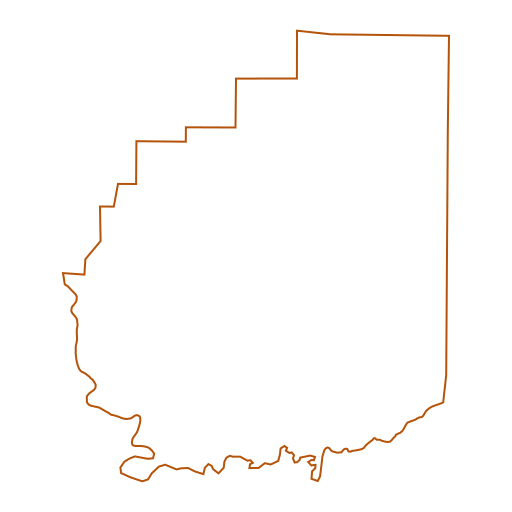 outline of Clarion, Pennsylvania, United States of America
{"feature_id": "52423323B69998039622942", "entity_name": "Clarion", "entity_type": "district", "adm_level": 2, "iso_a3": "USA", "parent_name": "United States of America", "parent_adm1": "Pennsylvania", "projection": "robinson", "projection_center": [-79.501, 41.202], "detail": "fine", "context": "isolated", "style": "outline", "palette": "amber", "viewbox_px": 512, "rotation_deg": 0, "n_neighbors": 0, "source": "geoboundaries", "source_scale": "gbopen_adm2", "svg_char_len": 3082}
<svg xmlns="http://www.w3.org/2000/svg" viewBox="0 0 512 512"><path d="M68.1,286.5L69.0,287.5L72.0,290.7L74.7,293.4L76.0,294.9L76.8,297.0L76.5,300.6L76.0,301.6L75.5,302.6L73.6,305.0L72.3,306.6L71.7,307.6L71.3,311.0L72.3,313.2L74.0,315.1L74.8,316.1L75.7,317.2L76.5,318.4L77.0,319.7L77.6,325.1L76.8,329.3L76.8,333.4L77.1,339.4L76.5,343.0L75.8,346.1L75.7,349.0L75.8,351.0L75.6,352.8L76.3,358.9L76.9,362.3L77.8,365.5L78.8,368.0L79.4,369.2L80.4,370.6L82.0,372.0L83.5,372.5L85.8,373.9L89.3,376.6L90.6,378.2L92.5,379.6L93.5,380.9L93.9,381.6L94.5,382.5L95.0,383.4L95.7,384.8L95.5,387.7L94.0,389.9L89.4,393.2L87.3,395.6L86.8,396.6L86.9,401.5L87.5,403.3L89.1,404.8L90.1,405.3L91.6,405.9L93.3,406.2L95.2,406.7L96.8,406.9L98.8,407.5L100.2,408.1L103.7,410.2L106.5,411.8L108.7,412.9L111.0,414.7L113.2,415.1L115.2,415.7L117.5,416.4L118.5,416.7L119.9,417.3L120.6,417.6L123.5,418.6L126.4,419.0L130.8,418.4L133.0,417.0L134.7,415.7L137.2,415.1L139.6,416.3L140.2,417.5L140.3,420.9L139.8,423.5L139.4,424.8L139.1,426.1L137.8,430.2L137.3,431.5L137.0,432.1L136.7,432.7L135.6,434.2L134.5,435.8L133.8,436.7L132.7,438.4L131.9,441.7L132.2,444.3L133.1,445.4L135.2,446.0L141.0,446.0L144.9,446.5L147.6,447.3L149.0,447.9L152.1,450.7L154.2,453.8L153.0,458.3L147.8,458.8L134.9,456.4L130.8,458.0L128.1,459.4L124.3,461.8L120.4,467.5L121.1,473.1L130.7,477.4L142.4,481.3L148.0,479.4L151.8,473.3L158.9,466.6L165.2,464.7L176.5,469.4L181.2,468.3L188.1,468.0L195.0,471.5L203.4,474.1L204.8,467.9L208.4,464.1L211.6,465.8L213.2,469.3L218.5,473.3L223.7,467.8L224.4,461.7L226.4,457.7L229.8,455.8L232.9,456.7L240.3,456.7L247.5,460.7L250.4,460.2L252.8,462.9L250.0,464.2L249.4,468.1L253.3,468.0L258.7,467.9L264.8,463.2L270.7,464.5L278.2,460.9L279.9,454.8L280.6,448.5L284.4,446.0L287.1,447.8L285.9,450.7L289.5,453.0L291.7,452.4L294.0,455.2L293.0,458.4L294.6,462.5L297.1,462.2L299.6,460.0L300.2,457.6L303.7,456.9L310.2,455.6L315.0,456.9L313.9,460.2L311.5,460.0L308.2,462.0L311.4,465.5L313.7,465.0L315.5,464.9L315.3,468.2L312.1,471.3L311.5,478.8L317.7,481.0L320.0,476.6L320.8,470.5L322.4,456.7L324.4,450.0L326.0,448.2L327.5,447.5L329.3,448.1L330.2,449.5L331.9,451.2L337.2,452.7L341.4,452.3L343.1,450.2L344.3,449.1L345.6,448.7L347.3,449.0L347.8,450.0L348.4,451.4L350.5,451.7L352.0,450.9L355.9,450.4L359.3,449.7L361.4,449.2L363.3,448.4L364.3,447.4L364.7,446.7L366.6,444.6L369.3,442.4L372.8,439.7L373.5,438.5L374.8,438.1L376.7,439.7L380.0,439.8L381.7,440.7L384.5,441.5L387.4,442.0L389.9,441.7L391.7,440.1L393.4,438.0L395.4,436.2L396.0,434.7L398.7,433.4L400.1,432.9L402.2,431.1L404.0,428.5L405.2,426.0L405.8,425.0L406.4,424.2L406.7,423.5L407.9,422.4L409.8,421.7L411.8,420.9L414.3,420.1L415.6,419.6L417.3,418.3L419.7,417.3L421.8,417.1L423.5,415.4L423.9,414.6L424.3,413.9L425.5,412.0L426.2,410.8L429.2,408.3L432.4,406.4L441.3,403.3L443.2,402.3L446.2,375.2L447.8,131.2L449.0,35.8L330.6,34.3L297.0,30.7L296.9,78.5L236.0,78.6L235.5,127.5L185.9,127.3L185.8,141.7L136.4,141.2L136.1,184.0L118.0,183.9L113.8,206.6L100.0,206.5L100.6,241.0L85.4,259.2L84.4,274.6L63.0,273.1L64.8,284.4L68.1,286.5Z" fill="none" stroke="#b45309" stroke-width="2"/></svg>